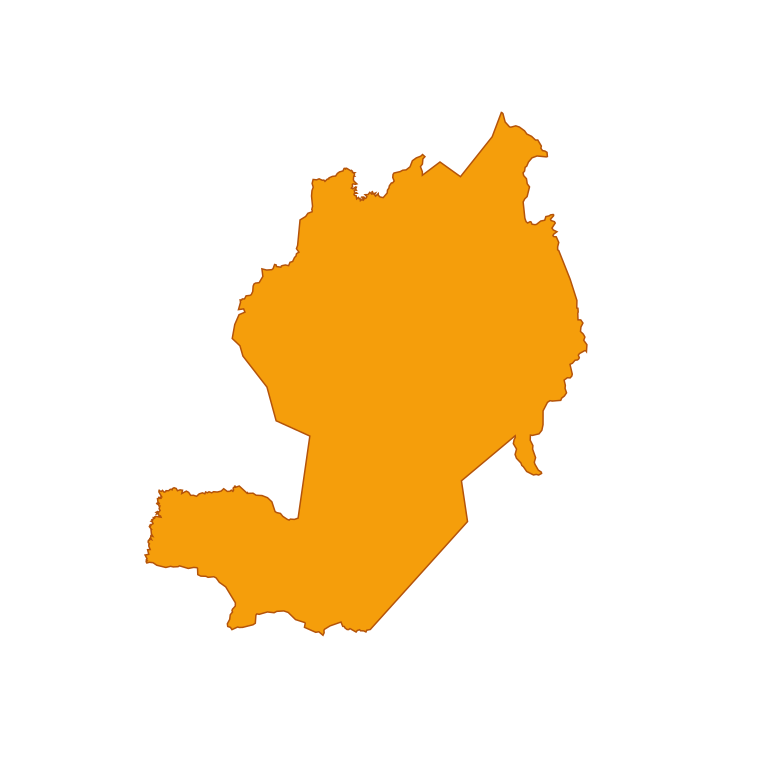 Sefwi Akontombra, Western, Ghana (Mercator projection), rotated 307°
{"feature_id": "2480657B96818528094138", "entity_name": "Sefwi Akontombra", "entity_type": "district", "adm_level": 2, "iso_a3": "GHA", "parent_name": "Ghana", "parent_adm1": "Western", "projection": "mercator", "projection_center": [-2.718, 6.094], "detail": "fine", "context": "isolated", "style": "filled", "palette": "amber", "viewbox_px": 768, "rotation_deg": 307, "n_neighbors": 0, "source": "geoboundaries", "source_scale": "gbopen_adm2", "svg_char_len": 6153}
<svg xmlns="http://www.w3.org/2000/svg" viewBox="0 0 768 768"><g transform="rotate(307 384 384)"><path d="M542.4,516.2L543.8,513.1L544.2,509.3L548.0,507.0L552.4,506.2L553.6,502.6L552.0,500.3L557.2,496.1L558.3,495.8L561.2,493.3L560.7,492.2L566.8,487.8L579.7,469.6L595.7,443.3L595.7,441.9L598.1,440.1L602.2,438.4L605.2,433.0L603.9,430.9L604.1,429.6L605.7,429.3L609.7,430.5L608.9,426.5L609.6,424.3L615.6,423.9L616.2,422.4L615.1,419.0L615.8,417.8L620.3,418.2L621.1,417.8L621.2,417.1L619.4,415.3L617.5,414.6L615.1,412.5L611.5,413.8L608.5,411.1L603.2,409.7L602.1,408.7L600.7,406.1L601.9,403.9L601.6,403.0L599.0,401.8L599.2,399.7L601.2,396.7L613.1,385.6L616.5,385.0L619.8,385.5L629.0,381.6L630.1,377.9L633.7,374.2L634.5,370.1L636.3,368.0L638.7,368.1L642.0,366.3L643.8,366.9L648.2,365.8L653.7,366.1L658.2,369.0L663.1,377.0L664.0,377.6L667.1,374.8L666.9,372.3L665.8,370.1L666.7,367.4L668.7,366.5L671.4,360.0L670.0,358.2L670.6,352.8L669.6,347.6L670.8,343.9L670.7,337.5L669.5,333.9L665.4,330.7L664.9,329.4L666.2,323.0L671.5,316.3L671.7,315.0L671.5,314.3L646.6,321.6L595.6,320.3L595.0,295.1L573.8,289.0L576.6,286.9L579.5,282.3L582.8,282.3L587.2,279.6L590.2,279.9L590.5,276.7L588.0,276.2L584.0,273.7L579.4,272.3L573.1,274.1L568.3,272.8L566.0,270.3L563.4,269.1L558.5,265.0L556.8,265.1L554.2,266.7L552.2,270.0L549.8,269.8L549.0,268.9L545.5,269.0L543.4,270.0L540.9,270.1L538.5,271.6L532.4,271.2L531.0,268.4L531.3,265.9L532.6,264.8L528.9,264.2L529.5,262.5L531.4,262.3L529.5,261.2L530.6,259.0L530.0,258.8L529.0,260.3L528.3,260.1L528.5,257.3L525.7,257.3L523.8,255.0L523.3,257.6L521.6,257.8L520.8,257.3L521.2,255.4L519.9,253.8L519.4,254.5L520.0,256.0L519.1,256.9L518.2,256.8L518.1,255.4L516.2,254.8L517.8,253.2L517.0,252.7L517.6,251.3L515.4,250.8L517.6,248.4L516.9,247.0L517.4,245.9L518.4,245.6L520.1,247.6L520.2,246.8L519.0,245.9L520.5,243.9L521.2,243.8L522.1,245.3L522.7,243.9L524.6,243.5L524.4,242.8L521.1,241.7L520.8,240.0L522.7,240.1L524.1,238.7L525.3,238.8L526.1,240.8L527.5,241.9L527.9,238.1L528.7,236.6L531.6,234.8L532.3,235.5L532.4,234.7L533.9,234.1L534.1,233.2L535.1,233.5L533.9,231.5L534.9,230.8L535.0,229.4L534.3,229.2L533.8,224.3L532.6,223.9L532.9,223.1L532.1,222.4L529.5,223.0L526.6,220.8L524.1,220.0L521.0,220.2L518.7,217.8L515.5,216.0L514.6,216.4L513.5,215.4L510.3,214.9L510.7,213.3L509.6,212.1L508.8,208.7L506.5,207.3L504.7,204.3L500.9,205.9L498.6,209.0L495.1,210.1L490.5,213.0L482.9,220.0L479.9,221.3L479.3,222.4L478.2,222.9L474.6,220.5L470.6,220.6L464.5,218.2L442.7,231.6L439.4,232.6L438.1,236.7L435.4,235.7L433.2,236.7L431.2,236.4L426.9,237.3L424.6,235.7L421.1,236.6L419.7,233.6L417.7,231.8L416.5,231.0L415.2,231.3L413.1,227.4L414.2,226.1L413.6,224.7L409.4,226.0L407.8,225.6L404.4,221.7L402.5,217.2L397.0,222.5L389.8,223.3L387.2,220.6L385.6,220.0L383.4,220.6L378.9,223.5L375.5,224.2L374.2,223.7L371.4,220.8L368.0,221.4L366.6,219.6L365.3,219.7L364.6,218.5L362.8,220.3L355.8,223.0L359.5,226.7L357.7,229.7L352.1,226.5L341.7,229.0L329.0,235.4L327.8,246.0L321.4,254.5L311.1,292.4L289.7,320.0L297.8,356.1L225.2,396.1L222.0,394.0L219.7,390.5L218.2,390.1L217.7,388.2L217.4,382.8L218.3,379.2L216.7,375.6L216.6,373.7L222.4,365.4L223.1,359.4L221.5,353.7L218.2,348.8L218.0,345.2L214.5,340.8L215.0,340.3L214.4,340.1L215.4,329.8L212.3,327.7L212.9,326.8L212.5,326.2L211.5,326.8L210.7,326.1L209.2,326.7L208.9,327.7L207.3,327.9L207.3,325.9L205.6,325.5L203.9,323.5L203.9,319.0L200.5,318.4L197.4,315.9L195.4,312.7L193.4,311.9L192.6,309.1L190.8,308.4L190.4,306.5L188.5,307.0L187.8,304.5L185.0,302.5L181.5,301.9L180.5,298.9L178.7,296.6L179.9,293.2L179.5,290.6L174.8,288.4L177.9,287.0L176.7,284.8L174.5,283.3L175.5,280.9L174.8,278.8L173.0,277.9L172.1,278.5L171.3,276.7L169.1,276.2L167.6,274.1L166.6,274.4L165.3,273.5L165.7,271.1L164.3,270.9L163.5,268.8L164.3,268.0L162.3,269.2L160.1,274.4L159.4,273.8L158.5,274.7L157.3,273.3L158.3,273.0L157.9,272.3L156.7,272.8L156.1,272.1L154.0,274.2L153.2,276.4L152.4,275.7L152.4,274.5L151.7,274.5L151.8,276.7L151.0,278.1L151.5,278.5L149.0,279.5L148.3,281.3L145.9,281.2L146.0,280.0L144.3,279.2L144.5,280.4L143.2,280.6L144.6,281.7L143.5,283.5L144.1,284.9L143.4,286.1L140.9,281.3L140.1,280.9L139.5,281.4L138.6,280.3L138.3,281.3L135.9,280.3L135.6,281.2L134.2,280.6L134.4,282.1L133.5,283.6L131.7,282.8L130.3,283.0L130.7,282.1L128.9,282.4L127.9,285.9L127.4,285.6L124.2,288.6L123.2,291.0L122.6,289.1L120.6,290.2L119.9,291.8L119.5,290.0L118.2,290.7L117.7,290.0L116.6,290.2L115.5,291.1L115.1,292.9L114.0,292.9L112.8,294.0L111.1,296.9L109.4,294.9L106.4,298.6L103.6,296.1L101.8,300.0L100.3,300.0L100.4,301.3L98.9,301.0L98.3,302.3L100.4,303.9L102.3,307.1L102.5,311.6L106.2,320.2L109.9,323.2L111.1,325.8L114.2,329.5L115.7,330.1L118.9,338.7L123.0,342.4L124.7,345.1L124.6,346.0L119.7,350.0L120.3,353.3L123.3,357.6L123.7,359.8L127.7,364.1L128.1,366.7L126.5,371.9L126.7,379.7L119.8,397.0L117.1,398.9L112.9,398.5L111.5,399.0L110.8,400.2L107.2,400.1L103.2,402.4L98.2,403.2L96.3,405.1L97.2,407.8L96.3,410.4L101.9,413.4L102.4,414.9L104.6,417.6L112.9,424.3L115.5,425.2L122.3,420.8L123.9,420.8L124.9,422.9L131.8,428.1L135.2,433.9L137.9,435.2L142.5,440.6L143.9,445.0L142.6,455.1L145.8,464.3L145.5,465.1L141.8,466.9L144.6,478.9L146.9,481.1L146.6,486.5L149.3,485.9L151.1,484.3L152.3,484.1L158.4,486.5L168.0,492.9L165.6,496.9L166.4,498.3L165.7,499.6L165.7,502.3L166.6,503.6L168.2,504.0L169.1,511.0L171.1,511.0L173.1,512.4L172.8,513.8L174.6,516.3L175.1,518.8L177.0,518.4L179.7,520.8L182.3,521.0L324.4,533.5L353.3,504.1L421.6,519.9L420.5,521.0L417.6,521.5L414.2,523.2L411.8,529.0L406.6,531.1L404.4,534.5L403.3,540.9L401.9,543.1L401.8,545.1L400.0,550.6L401.3,558.1L403.4,560.0L404.4,562.3L407.4,563.7L408.3,562.7L408.1,559.0L410.8,552.7L412.0,551.1L416.4,549.4L421.4,541.9L424.4,540.0L427.1,534.6L431.3,531.7L432.3,533.5L437.5,537.8L442.1,537.9L447.2,535.5L458.3,527.2L467.7,525.6L470.6,526.6L471.6,528.6L477.3,535.0L479.6,534.4L483.0,535.3L486.8,535.1L489.5,531.2L492.0,529.7L495.5,525.5L499.4,526.7L500.9,529.0L503.4,529.2L505.2,528.4L511.6,520.7L514.0,522.0L518.0,522.3L519.6,524.0L521.0,524.4L522.5,524.2L524.0,521.8L526.0,521.8L531.4,524.2L532.0,525.2L531.7,526.2L537.5,522.4L539.1,517.2L542.4,516.2Z" fill="#f59e0b" stroke="#b45309" stroke-width="1.5"/></g></svg>